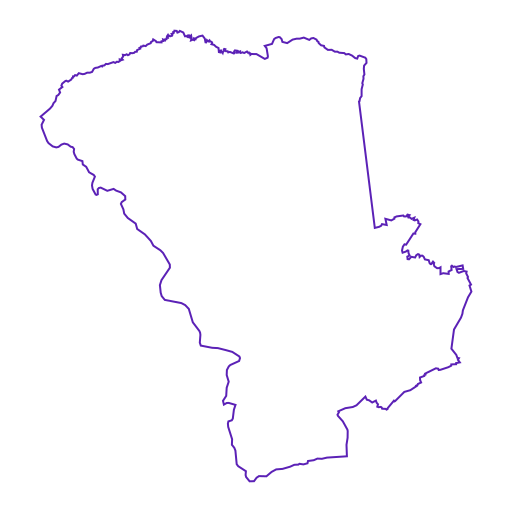 outline of Khao Yoi, Phetchaburi, Thailand
{"feature_id": "78962969B82781798168468", "entity_name": "Khao Yoi", "entity_type": "district", "adm_level": 2, "iso_a3": "THA", "parent_name": "Thailand", "parent_adm1": "Phetchaburi", "projection": "orthographic", "projection_center": [99.804, 13.23], "detail": "fine", "context": "isolated", "style": "outline", "palette": "violet", "viewbox_px": 512, "rotation_deg": 0, "n_neighbors": 0, "source": "geoboundaries", "source_scale": "gbopen_adm2", "svg_char_len": 5843}
<svg xmlns="http://www.w3.org/2000/svg" viewBox="0 0 512 512"><path d="M366.3,59.1L365.3,57.7L359.6,55.6L358.2,56.0L357.2,58.6L355.2,58.1L352.1,55.6L348.7,54.0L345.8,54.4L344.3,53.1L339.3,52.7L337.5,51.7L334.9,51.7L331.7,49.8L327.9,49.9L324.4,47.4L324.0,45.9L321.1,45.3L318.7,43.1L318.4,41.8L317.3,41.2L316.5,39.6L313.4,38.0L311.2,38.4L309.3,39.9L303.8,37.6L299.6,38.7L296.5,38.7L292.6,39.6L287.2,43.1L282.4,41.9L281.6,39.1L279.8,37.2L278.6,37.0L275.6,38.0L274.1,39.1L272.0,43.9L264.8,45.9L266.6,48.3L267.9,56.2L267.6,57.7L264.8,58.9L256.5,54.1L251.4,54.0L250.4,54.8L250.2,53.4L249.3,53.5L248.9,52.5L247.9,52.7L247.0,51.5L244.2,53.0L242.4,52.3L240.7,53.0L239.9,52.6L240.0,51.6L238.7,52.3L238.5,51.3L237.8,51.1L237.2,51.7L237.6,52.5L236.9,52.8L236.4,52.5L237.0,50.7L234.9,50.4L234.1,51.5L234.4,53.2L233.9,53.5L229.9,51.9L228.2,52.4L227.7,51.3L225.9,51.2L225.1,50.3L225.4,49.2L224.2,48.9L223.8,49.4L224.5,50.6L223.0,51.8L222.7,53.0L221.0,50.4L219.9,50.9L220.2,52.4L218.9,52.1L218.5,48.0L216.1,46.8L214.1,44.9L211.5,44.2L212.2,43.0L211.9,42.2L210.4,41.3L209.7,41.5L209.4,40.4L208.2,41.4L206.9,40.1L206.1,42.4L205.5,42.3L204.8,38.6L202.5,35.6L199.0,36.4L196.1,38.0L195.6,39.2L194.0,38.3L193.8,38.9L194.6,39.5L194.2,40.2L193.0,39.6L191.0,40.4L191.5,38.3L189.8,37.6L191.4,37.2L191.1,35.4L189.7,36.7L189.0,35.3L187.7,35.5L187.4,36.8L186.2,36.1L185.0,36.3L183.3,32.5L179.8,30.9L178.8,32.1L177.4,32.6L176.7,30.9L174.4,30.7L174.2,31.8L173.2,32.1L173.5,33.1L171.6,33.9L172.4,34.9L172.1,35.7L170.1,36.3L168.9,35.5L168.4,36.3L167.9,35.0L167.0,36.3L167.7,37.8L166.7,37.8L166.5,39.2L165.2,39.3L165.1,40.3L163.1,39.5L163.4,41.0L161.5,41.3L161.5,42.4L156.5,42.2L155.9,41.1L153.2,39.4L152.7,41.1L151.1,41.9L150.7,43.2L147.2,44.6L145.7,46.1L143.3,45.6L142.8,46.3L141.0,46.5L140.8,47.4L139.6,47.8L140.1,48.7L137.1,50.1L136.8,51.7L135.1,51.8L134.2,52.8L132.4,53.2L130.2,53.0L129.5,54.4L127.9,55.2L126.7,54.3L125.1,55.1L122.9,54.8L123.2,56.4L121.6,58.5L122.7,59.7L120.8,60.3L119.7,59.6L119.7,61.2L118.3,62.0L116.9,61.7L115.2,62.9L113.5,62.1L107.8,64.1L105.9,63.9L104.4,65.4L102.3,65.7L102.2,66.4L100.9,66.1L97.9,67.5L95.3,67.9L93.8,68.8L92.1,71.9L89.8,72.7L87.1,72.7L84.6,73.9L82.7,74.2L78.8,73.2L76.8,75.6L75.1,75.1L74.0,76.4L73.0,76.4L72.9,77.7L72.1,78.0L71.2,79.6L68.1,81.6L66.3,80.7L65.4,81.0L62.2,83.6L61.4,85.7L62.4,87.0L59.0,89.6L60.1,92.5L58.3,95.0L56.6,96.0L55.5,101.0L53.5,103.2L52.4,105.8L50.0,108.6L40.6,116.6L44.0,119.9L41.6,124.7L41.9,127.7L47.1,141.0L48.5,143.1L52.7,146.4L56.3,147.4L58.5,146.9L61.4,144.6L64.2,143.6L67.7,144.4L70.7,146.7L72.6,147.1L74.1,149.0L73.7,151.8L74.4,154.2L76.7,158.6L77.8,159.6L82.4,161.1L82.8,164.5L86.2,166.8L89.1,172.3L93.8,175.0L94.9,176.6L92.4,182.8L92.0,185.4L92.6,188.9L95.6,194.5L96.5,194.9L97.8,194.3L97.7,189.3L98.9,188.0L100.7,187.6L107.3,190.8L113.6,188.9L116.1,190.6L121.0,192.4L125.2,196.1L125.3,199.5L121.7,202.1L120.9,203.9L123.4,209.4L124.2,213.6L127.8,218.0L135.7,223.6L137.2,229.0L144.9,234.4L150.9,241.0L153.4,245.7L160.4,250.3L163.1,253.0L169.8,264.5L169.9,267.7L161.5,280.1L159.9,285.1L160.7,292.7L161.7,296.1L164.8,299.9L181.4,303.1L185.2,305.1L188.8,308.9L192.8,322.3L199.4,331.0L200.1,332.7L200.4,334.9L199.8,342.7L200.8,345.6L212.2,347.8L217.9,348.1L225.8,350.1L232.3,351.9L239.4,356.5L240.0,358.1L239.1,361.0L230.3,365.0L228.8,366.4L226.9,370.0L226.7,375.0L228.7,381.7L226.7,387.7L226.2,395.9L223.0,400.8L223.9,404.6L226.7,403.0L228.7,402.9L235.5,404.9L233.9,409.7L232.8,418.6L231.8,420.3L228.4,421.4L227.9,423.6L228.2,426.9L232.1,439.2L231.9,444.8L234.3,447.8L235.4,450.6L236.7,464.2L238.2,466.2L245.9,471.2L245.6,475.0L246.1,477.0L249.6,481.3L254.0,481.2L256.6,477.7L259.0,476.1L266.4,476.3L271.6,471.9L276.2,469.4L282.5,468.9L290.1,466.7L294.3,464.8L298.4,464.6L299.4,463.8L303.4,464.4L307.5,463.3L308.0,461.0L313.8,460.2L317.4,458.6L321.9,458.8L327.0,457.6L346.9,456.3L346.5,444.8L347.6,437.7L347.7,431.0L347.4,429.6L342.8,421.3L337.9,415.8L337.5,414.7L338.9,412.3L338.3,411.3L345.3,408.2L352.8,407.0L356.5,405.3L365.4,396.6L366.8,399.7L369.1,400.3L372.2,402.5L375.9,400.6L376.6,402.7L378.0,404.3L377.3,406.7L378.7,407.2L380.8,406.9L381.7,407.5L382.1,408.7L385.8,408.9L386.5,409.6L387.5,409.1L387.8,408.0L393.9,400.7L394.5,401.4L395.1,401.1L404.3,391.9L410.3,390.2L416.7,386.0L416.3,385.6L417.7,384.8L417.9,384.0L421.1,382.5L420.1,380.1L420.0,377.5L424.2,376.0L424.1,375.3L425.5,374.6L425.1,373.6L435.9,368.3L438.2,368.7L438.7,370.0L440.4,369.8L448.3,367.2L451.2,365.7L451.3,364.4L456.1,364.2L456.1,363.1L459.8,362.4L457.9,359.8L458.9,358.2L457.4,357.9L456.3,354.9L451.4,348.7L454.0,329.5L461.0,317.6L462.4,313.8L462.9,310.3L468.0,297.3L471.4,291.6L469.5,285.5L471.0,284.6L467.5,278.0L468.0,277.0L466.2,273.4L466.6,271.6L463.8,271.0L458.9,272.8L457.5,272.0L456.5,269.1L463.2,268.9L462.6,265.4L455.9,267.0L454.7,266.5L453.5,267.0L451.9,265.7L451.2,266.3L451.6,270.0L448.6,271.5L448.7,273.9L443.2,273.2L440.5,274.1L440.5,267.3L439.1,268.1L437.1,268.2L434.4,266.3L433.7,263.9L434.2,262.9L433.0,261.6L431.2,264.1L430.6,264.1L429.7,263.3L428.7,260.2L424.9,259.4L423.7,256.8L422.5,255.7L421.0,255.7L419.6,257.0L419.2,254.6L418.0,254.1L416.3,255.2L415.1,257.5L411.3,256.8L409.0,259.3L407.6,259.1L407.3,256.6L409.6,255.5L408.5,253.0L408.3,250.6L407.5,250.4L405.8,251.6L402.6,252.7L402.0,250.5L402.9,246.6L404.5,244.3L406.1,244.7L413.4,233.5L415.3,233.7L415.3,232.2L420.4,224.2L418.3,223.2L418.4,221.4L417.1,219.5L414.8,220.4L413.6,220.0L414.3,217.7L411.6,218.9L409.8,217.4L408.4,217.5L408.1,216.8L409.5,215.1L407.5,214.6L406.3,216.3L405.2,216.5L404.0,216.4L403.3,215.5L396.7,216.4L394.4,217.4L394.4,218.7L391.3,220.4L385.4,218.8L386.7,225.0L382.0,224.1L381.2,225.7L379.2,226.8L374.8,227.9L359.0,101.5L359.5,101.2L360.1,98.1L361.6,96.1L361.6,89.2L362.8,84.5L362.3,83.2L363.5,78.8L363.4,76.2L364.4,74.5L363.8,68.8L364.1,65.6L366.5,62.9L366.3,59.1Z" fill="none" stroke="#5b21b6" stroke-width="2"/></svg>